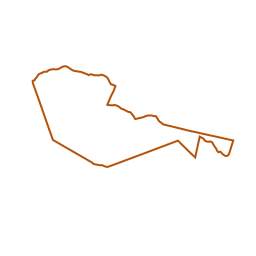 Morrinhos, Ceará, Brazil, rotated 196°
{"feature_id": "56859067B53703950376304", "entity_name": "Morrinhos", "entity_type": "district", "adm_level": 2, "iso_a3": "BRA", "parent_name": "Brazil", "parent_adm1": "Ceará", "projection": "orthographic", "projection_center": [-40.117, -3.283], "detail": "fine", "context": "isolated", "style": "outline", "palette": "amber", "viewbox_px": 256, "rotation_deg": 196, "n_neighbors": 0, "source": "geoboundaries", "source_scale": "gbopen_adm2", "svg_char_len": 1632}
<svg xmlns="http://www.w3.org/2000/svg" viewBox="0 0 256 256"><g transform="rotate(196 128 128)"><path d="M196.8,95.8L153.1,84.9L151.5,84.0L149.6,84.0L147.6,84.2L146.1,84.4L144.5,84.5L142.6,85.1L139.5,84.7L137.0,84.9L128.6,90.9L124.9,93.7L101.9,110.7L94.0,116.6L76.5,129.6L62.0,121.7L55.3,118.2L56.7,139.5L54.4,139.0L52.2,138.4L50.9,137.2L49.5,136.7L47.3,136.8L44.8,137.9L42.7,137.1L41.2,135.4L39.3,133.8L37.6,132.5L36.3,130.9L34.3,129.6L32.8,130.7L31.4,130.0L29.5,128.8L27.0,128.0L24.8,128.6L23.7,131.0L23.4,145.0L31.5,144.5L40.4,144.0L44.7,143.7L57.4,142.9L62.1,142.7L66.5,142.3L95.3,141.2L97.6,142.3L99.6,142.9L101.2,144.1L102.9,145.8L104.5,147.1L106.6,146.5L108.6,146.6L110.3,146.1L112.5,145.4L114.6,144.2L115.8,142.9L123.5,138.6L124.8,139.8L126.4,141.3L128.4,142.6L130.1,143.8L132.1,143.6L133.9,143.9L135.8,144.3L137.5,144.7L139.2,144.6L140.8,145.2L143.5,146.2L145.9,146.5L147.6,146.3L149.0,145.5L151.0,145.1L152.6,144.7L154.3,144.6L153.1,154.3L152.0,159.7L151.7,164.9L154.4,165.4L156.4,165.3L158.3,167.0L160.2,169.2L161.9,170.8L164.0,171.5L165.8,171.8L168.0,172.0L170.5,170.5L173.1,169.9L175.2,169.4L177.8,169.5L179.3,169.0L180.5,167.9L182.2,168.5L184.5,168.6L186.5,168.7L188.6,169.0L191.1,168.6L193.8,168.3L196.4,168.1L198.5,168.6L200.1,169.1L201.8,169.7L204.5,170.3L206.4,169.7L208.3,168.5L209.6,166.9L211.4,165.3L213.3,164.5L215.7,164.0L217.6,163.3L219.0,162.4L220.5,161.5L221.0,160.1L222.7,159.4L224.2,158.9L225.5,157.7L227.0,156.4L228.5,155.3L229.4,153.0L229.8,151.3L230.7,149.8L231.0,148.0L232.6,147.2L232.0,145.2L219.2,127.3L217.9,125.5L202.8,104.1L196.8,95.8Z" fill="none" stroke="#b45309" stroke-width="2"/></g></svg>